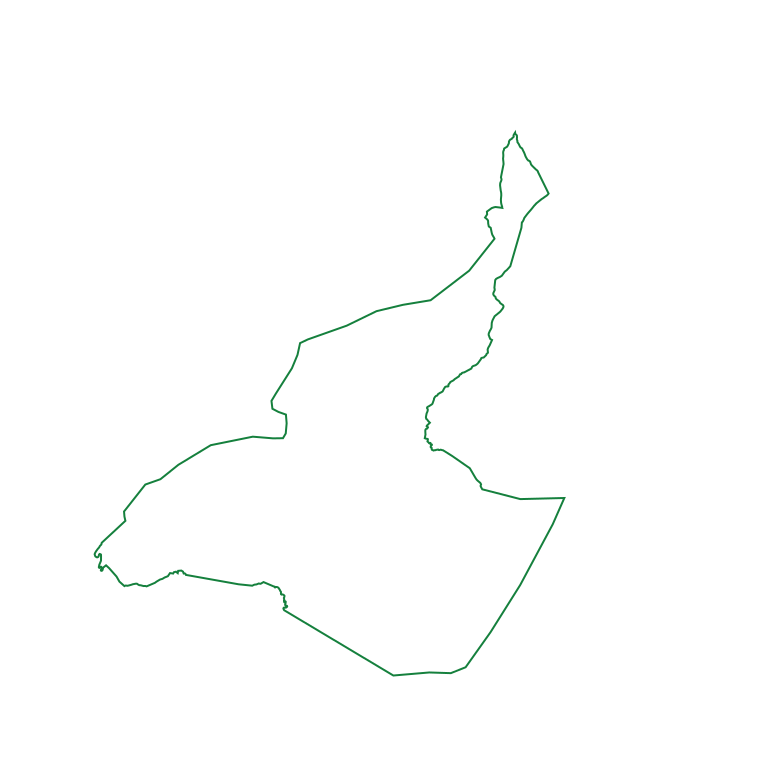 the district of South Dayi, Volta, Ghana, rotated 201°
{"feature_id": "2480657B27395942809935", "entity_name": "South Dayi", "entity_type": "district", "adm_level": 2, "iso_a3": "GHA", "parent_name": "Ghana", "parent_adm1": "Volta", "projection": "natural_earth1", "projection_center": [0.223, 6.546], "detail": "fine", "context": "isolated", "style": "outline", "palette": "green", "viewbox_px": 768, "rotation_deg": 201, "n_neighbors": 0, "source": "geoboundaries", "source_scale": "gbopen_adm2", "svg_char_len": 6142}
<svg xmlns="http://www.w3.org/2000/svg" viewBox="0 0 768 768"><g transform="rotate(201 384 384)"><path d="M584.2,110.4L583.8,110.4L583.7,110.7L583.5,111.3L583.1,111.7L582.8,112.0L582.3,111.9L582.0,111.6L581.7,111.2L581.5,110.6L581.7,109.8L581.6,108.6L581.4,108.4L581.0,108.3L580.5,108.5L580.3,108.9L580.1,109.5L580.4,111.9L578.5,115.1L574.7,113.6L564.7,108.4L560.2,104.7L553.9,102.3L553.5,102.8L552.9,103.3L551.2,103.7L550.1,104.4L547.7,106.2L546.8,107.0L544.2,108.6L543.7,108.8L543.1,109.0L541.4,108.6L540.4,108.5L539.0,108.9L536.1,109.2L534.4,109.9L533.1,110.0L526.6,116.3L525.6,117.9L523.0,121.2L521.0,122.7L519.5,124.7L516.9,127.1L516.0,130.8L512.9,131.5L512.7,133.0L511.0,134.2L508.8,133.5L509.2,135.8L506.3,137.2L504.4,136.8L503.1,135.3L502.2,135.8L501.0,135.4L500.5,134.8L448.0,144.9L434.7,148.5L433.8,149.5L433.1,150.2L431.2,151.2L429.4,152.9L428.0,153.1L427.4,153.5L425.5,155.9L414.8,155.5L413.6,155.6L413.2,155.1L412.8,155.0L412.3,155.7L411.8,155.9L411.2,156.1L410.5,156.1L409.7,156.0L409.0,155.6L408.9,155.5L408.7,155.4L408.3,155.0L407.9,154.8L407.4,154.4L407.1,154.0L406.5,153.5L406.0,153.3L405.7,153.0L405.1,151.4L404.9,151.3L404.7,150.8L404.1,150.7L403.6,151.1L402.8,151.2L402.0,151.1L401.1,150.7L400.7,149.6L400.8,148.9L400.8,148.3L400.3,147.7L399.8,146.8L399.9,146.5L399.8,146.1L399.3,145.0L399.0,144.6L398.4,144.4L398.2,145.7L397.8,145.6L397.6,145.1L397.2,143.3L397.2,142.4L396.4,141.9L395.1,142.1L394.7,141.7L394.8,140.9L395.2,140.3L395.8,140.1L396.2,139.7L396.9,139.6L397.4,139.2L397.5,138.6L397.4,138.2L396.1,137.0L270.8,115.2L238.4,130.9L218.0,138.0L206.3,148.8L195.6,190.5L184.8,245.2L176.2,313.5L174.8,342.2L215.5,325.4L254.5,320.9L256.3,322.4L257.3,323.4L257.4,325.1L258.7,326.2L261.9,327.3L263.4,328.0L265.2,329.3L273.7,336.1L294.9,341.3L305.2,343.3L305.8,343.1L307.5,343.0L308.8,342.1L309.4,342.0L310.0,342.2L311.8,341.1L312.3,340.6L312.9,340.4L314.0,339.6L314.9,339.8L315.5,339.7L316.1,340.2L316.5,341.2L316.6,341.4L317.3,341.5L317.7,341.7L317.9,342.0L318.0,342.5L317.9,343.0L317.5,344.0L317.5,344.4L317.6,344.6L317.9,344.7L318.5,344.3L318.8,344.3L319.0,344.5L319.4,345.5L319.6,345.6L319.9,345.5L320.3,345.0L320.7,344.9L321.8,345.6L322.5,345.8L322.8,345.9L323.1,347.8L323.4,348.3L323.8,348.3L324.3,348.2L325.5,348.0L326.5,348.0L327.2,351.9L327.5,352.4L328.3,354.2L328.9,355.8L328.8,356.7L328.6,357.1L328.4,357.4L327.8,357.8L327.4,359.2L327.8,359.6L329.0,359.8L329.1,360.3L329.0,360.6L327.3,364.3L329.7,365.4L331.0,366.3L332.2,366.7L332.6,367.5L333.0,368.0L333.7,371.9L333.6,372.7L333.6,374.2L333.8,375.4L334.1,376.1L335.1,376.8L335.3,377.1L335.2,378.1L333.9,379.6L332.0,382.2L331.7,383.0L331.8,387.4L332.1,388.4L332.0,388.8L331.8,390.1L331.5,390.8L331.2,391.4L330.8,391.8L330.4,392.1L330.2,392.3L329.8,394.2L329.6,394.5L329.0,395.0L328.6,395.8L328.0,396.2L327.5,397.0L326.9,397.6L326.6,398.1L326.3,401.0L325.9,403.0L325.4,403.6L324.8,404.1L323.6,404.5L323.2,404.8L323.1,405.2L323.5,406.1L323.6,406.5L323.5,407.1L323.0,408.1L322.9,409.0L322.8,409.4L322.6,409.8L320.4,412.4L319.8,413.8L316.8,418.0L316.7,419.1L316.5,419.6L316.4,420.4L315.5,420.9L315.3,422.0L314.7,422.6L314.2,423.1L313.5,423.4L313.2,423.7L308.0,429.7L307.9,431.4L307.6,432.2L307.0,432.9L305.3,434.3L304.7,435.1L304.0,436.4L303.8,436.8L302.4,442.1L302.5,442.9L302.2,443.3L301.9,443.6L301.0,444.1L300.4,444.5L300.2,444.9L299.0,447.5L299.0,448.9L298.3,450.1L298.2,450.5L299.6,453.3L299.7,454.6L299.6,455.8L299.2,458.0L298.9,463.8L300.9,464.1L302.4,465.6L303.2,466.6L303.9,467.3L304.3,468.7L304.3,469.4L304.2,471.7L303.9,473.4L303.8,475.1L305.3,479.7L305.5,482.1L305.4,483.4L305.0,486.9L301.4,493.2L300.2,497.1L300.1,498.9L300.5,499.7L301.2,500.3L302.0,500.5L303.9,501.0L304.5,501.2L306.0,502.4L306.8,502.7L308.7,503.2L309.7,503.6L310.3,504.0L311.1,505.2L311.8,505.5L312.9,505.9L313.5,506.3L314.1,506.9L314.3,507.3L314.5,508.2L314.3,511.4L315.1,513.0L315.4,513.3L317.4,520.9L317.0,522.3L315.9,523.7L314.2,525.4L312.8,527.3L312.2,529.6L311.5,532.2L310.2,534.3L308.3,539.2L311.7,579.1L313.2,584.3L312.9,584.8L312.7,585.3L312.5,587.2L312.5,589.4L311.2,593.9L310.7,595.4L309.3,599.2L308.7,601.0L307.8,603.9L307.6,604.6L307.3,605.0L307.0,606.1L306.7,606.5L306.7,606.9L303.2,613.0L301.8,614.9L301.3,615.8L299.6,618.2L298.9,619.7L298.6,620.8L316.0,636.9L316.6,637.7L317.9,638.4L319.0,638.7L323.2,640.5L324.8,641.3L325.4,641.7L326.0,642.4L327.0,643.6L327.5,644.1L328.7,644.4L329.3,644.3L330.9,645.1L333.3,647.1L335.5,649.6L336.8,650.9L337.0,651.0L339.3,653.2L340.1,653.6L340.7,653.7L341.2,653.7L341.6,654.0L342.4,654.6L344.3,656.4L346.1,657.6L346.3,658.0L346.6,658.8L347.7,660.1L348.2,661.9L349.0,663.6L349.4,663.9L349.9,664.1L350.9,664.5L351.3,664.9L351.7,665.7L351.8,665.3L352.2,662.8L352.1,662.3L351.6,661.5L351.6,661.0L351.9,660.4L352.5,659.3L352.5,658.9L352.7,658.5L353.7,657.4L354.0,656.8L354.2,655.5L354.2,655.0L353.8,653.9L353.7,653.1L354.0,650.2L354.1,649.7L356.2,646.9L355.9,645.2L356.0,644.7L355.9,643.5L355.6,642.5L354.6,640.4L354.0,638.6L353.7,637.3L353.4,636.7L353.0,635.8L352.4,634.7L351.2,632.2L348.9,618.9L347.7,617.3L347.5,616.6L347.4,615.9L347.5,613.7L347.4,612.9L347.1,611.9L346.8,611.0L344.4,606.5L343.3,604.8L342.8,603.8L342.1,602.1L341.2,598.9L340.9,597.9L339.6,595.1L338.7,593.7L337.2,591.8L337.1,591.3L336.7,590.8L338.5,590.4L343.3,589.2L344.6,588.4L346.5,586.8L349.7,581.8L348.5,579.3L349.3,575.6L346.8,574.7L345.6,574.0L345.3,573.6L344.2,571.1L342.6,568.6L340.4,568.1L337.7,563.9L337.0,562.9L336.2,562.0L333.8,560.1L332.9,559.2L345.1,520.3L370.5,478.9L394.7,464.7L417.1,449.3L439.7,425.1L471.1,398.3L477.0,392.1L475.2,380.2L475.6,365.7L481.5,336.4L483.0,327.9L479.3,320.9L472.5,320.1L464.6,320.3L460.8,312.4L458.0,302.6L458.9,297.2L468.1,293.5L487.6,287.8L523.8,264.8L547.0,234.9L558.6,215.0L570.8,204.6L581.0,171.8L578.8,167.2L576.4,163.6L590.6,134.7L590.5,133.5L590.4,133.2L590.4,132.7L590.8,131.9L591.2,130.9L591.4,129.3L592.1,127.5L592.9,124.5L593.1,123.1L593.2,122.2L593.1,121.3L592.0,119.9L591.4,119.5L589.8,119.3L589.2,119.7L588.8,120.2L588.7,121.3L588.9,122.6L588.6,123.4L587.6,123.5L587.1,123.3L586.6,122.2L584.9,117.7L584.9,116.2L585.0,113.3L584.6,110.8L584.2,110.4Z" fill="none" stroke="#15803d" stroke-width="2"/></g></svg>